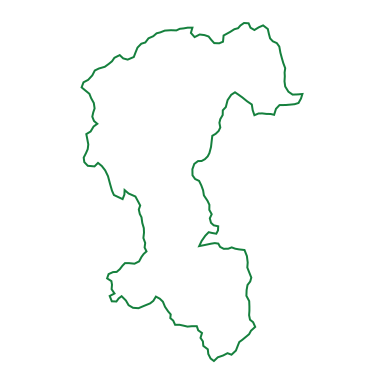 Prados, Minas Gerais, Brazil
{"feature_id": "56859067B1815621607737", "entity_name": "Prados", "entity_type": "district", "adm_level": 2, "iso_a3": "BRA", "parent_name": "Brazil", "parent_adm1": "Minas Gerais", "projection": "orthographic", "projection_center": [-44.058, -21.117], "detail": "fine", "context": "isolated", "style": "outline", "palette": "green", "viewbox_px": 384, "rotation_deg": 0, "n_neighbors": 0, "source": "geoboundaries", "source_scale": "gbopen_adm2", "svg_char_len": 3169}
<svg xmlns="http://www.w3.org/2000/svg" viewBox="0 0 384 384"><path d="M255.2,326.9L253.1,322.2L250.0,319.7L249.1,315.2L249.4,310.9L249.4,306.4L249.2,301.1L246.4,295.8L246.6,290.1L247.5,285.0L250.2,281.5L251.3,277.6L249.1,272.1L247.3,267.5L247.7,262.5L246.9,256.1L244.5,250.0L239.1,249.4L235.2,248.7L231.7,247.4L228.3,248.7L223.7,248.8L220.1,246.9L218.3,243.6L214.8,243.1L211.0,243.7L204.3,245.1L199.2,246.1L201.6,241.0L205.3,235.7L208.7,232.2L212.2,233.0L216.3,233.7L218.0,230.4L218.2,226.3L213.7,225.3L211.0,222.8L209.8,218.3L211.7,214.2L209.3,209.9L209.4,204.8L207.5,200.8L203.9,195.4L203.1,190.3L201.3,185.4L199.1,180.9L195.1,179.0L192.5,175.3L192.4,169.2L194.3,163.9L198.0,161.1L201.6,161.0L204.9,159.2L207.7,156.4L209.4,153.1L211.0,147.0L211.7,140.9L212.3,135.8L215.7,133.8L218.6,131.0L220.3,127.5L219.4,122.8L220.3,119.1L222.7,115.0L222.8,110.3L225.8,107.1L227.6,100.1L231.2,94.8L235.0,92.3L238.1,94.4L242.3,97.4L247.1,101.3L251.8,104.5L252.7,110.2L254.4,115.2L258.5,113.5L262.3,113.4L266.3,113.9L270.7,114.0L274.1,114.8L276.0,108.8L279.5,105.1L285.9,105.0L290.5,104.6L294.6,104.2L298.5,103.0L301.0,98.5L302.4,94.0L298.0,94.4L292.6,94.6L288.4,91.7L285.2,86.5L284.5,81.4L284.8,76.3L284.6,72.5L285.2,68.2L283.3,63.1L281.9,58.3L280.4,52.7L279.3,46.6L276.8,43.1L272.8,41.3L270.1,38.4L268.9,33.9L267.8,29.0L263.1,25.4L258.8,27.3L254.4,30.0L250.5,27.7L248.6,23.3L244.0,23.0L240.4,25.5L238.1,28.2L234.4,29.2L230.0,32.0L223.6,35.5L223.0,41.7L219.2,43.3L214.2,43.1L211.2,39.8L208.6,36.5L204.5,35.1L199.7,34.5L194.6,37.1L190.9,32.9L192.4,27.7L187.5,27.7L183.6,28.4L179.8,28.8L176.4,30.4L170.9,30.2L164.8,30.6L160.2,32.4L156.6,33.3L153.3,36.2L148.5,38.3L145.3,42.5L141.3,43.7L137.5,47.6L135.4,52.8L133.8,57.0L127.7,59.6L123.2,58.4L119.7,55.1L114.4,57.8L112.0,61.3L108.8,63.9L104.8,66.8L98.9,68.5L94.8,70.5L92.3,75.4L88.1,79.9L83.5,82.3L81.6,87.4L85.6,90.7L89.4,93.8L91.1,98.1L93.8,103.0L94.6,108.4L93.2,112.6L92.3,116.7L94.0,121.0L97.3,123.8L93.6,126.5L90.6,131.5L86.3,134.1L87.2,138.6L88.3,144.5L87.7,149.2L86.0,153.1L83.7,157.6L84.3,162.1L87.8,165.8L94.5,166.4L98.0,162.9L101.8,166.0L105.2,170.4L108.0,176.2L110.1,184.1L112.0,190.7L113.9,195.0L118.1,197.0L122.6,199.1L124.4,194.6L124.6,190.1L128.6,193.5L135.4,196.5L138.2,201.7L140.2,205.5L138.8,209.5L139.8,214.0L141.5,217.3L142.3,223.0L143.8,228.1L144.0,232.6L143.4,238.0L145.2,243.0L144.6,247.5L146.5,251.4L143.7,253.9L141.5,256.9L139.1,261.4L134.5,263.7L128.7,263.1L125.0,263.1L122.4,265.8L119.8,269.2L116.7,271.9L113.0,272.1L108.6,274.1L107.1,278.4L111.4,281.1L112.0,284.7L111.6,289.2L114.5,293.5L109.7,296.0L111.8,301.3L116.4,301.5L118.7,298.4L121.6,296.2L125.9,300.5L128.6,305.2L133.0,307.8L138.5,308.2L144.2,305.8L150.1,303.4L153.3,300.9L155.9,296.6L159.8,298.7L162.9,301.7L165.0,306.8L168.2,311.5L170.7,314.4L170.3,318.1L173.2,320.6L175.1,324.8L179.6,324.8L183.3,325.6L187.5,326.6L191.9,326.2L196.8,326.2L198.2,330.3L202.0,333.0L200.5,337.9L202.9,341.4L203.3,345.9L207.8,349.3L208.3,354.0L210.6,358.5L213.9,361.0L217.8,357.3L223.1,355.5L227.5,353.2L231.5,354.7L235.9,350.6L237.8,345.7L239.3,342.0L242.2,339.9L245.6,337.1L249.1,334.2L251.0,330.7L255.2,326.9Z" fill="none" stroke="#15803d" stroke-width="2"/></svg>